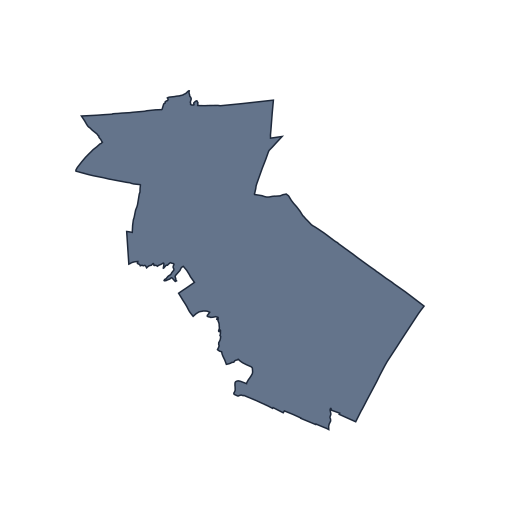 Tupilati, Iasi, Romania, rotated 71°
{"feature_id": "2599482B71903072457924", "entity_name": "Tupilati", "entity_type": "district", "adm_level": 2, "iso_a3": "ROU", "parent_name": "Romania", "parent_adm1": "Iasi", "projection": "albers", "projection_center": [26.646, 47.081], "detail": "fine", "context": "isolated", "style": "filled", "palette": "slate", "viewbox_px": 512, "rotation_deg": 71, "n_neighbors": 0, "source": "geoboundaries", "source_scale": "gbopen_adm2", "svg_char_len": 6061}
<svg xmlns="http://www.w3.org/2000/svg" viewBox="0 0 512 512"><g transform="rotate(71 256 256)"><path d="M190.7,370.3L222.3,378.9L222.2,377.7L221.9,376.4L221.8,375.0L221.9,373.4L222.0,372.4L222.7,369.5L223.6,369.9L223.8,370.3L224.3,370.4L224.5,370.5L226.0,369.0L226.6,368.7L227.6,368.6L227.6,366.9L227.9,366.4L228.4,366.0L228.6,365.6L228.6,364.3L228.8,364.0L229.3,363.7L230.3,363.4L231.6,363.3L231.5,363.0L231.0,362.0L230.5,360.5L230.5,359.4L230.7,358.0L229.9,356.4L229.7,356.1L229.6,355.8L229.7,355.5L230.1,355.4L230.6,355.3L231.4,355.6L231.8,355.4L231.9,355.2L232.1,354.1L232.3,353.6L232.9,353.0L233.6,352.6L233.1,351.0L233.0,348.7L232.9,348.1L232.5,346.3L232.6,346.0L232.7,345.7L232.9,345.6L233.8,345.8L234.6,346.1L237.2,347.6L237.4,347.6L237.4,347.4L237.3,347.0L236.1,345.0L235.6,344.0L235.6,343.7L235.6,343.3L235.9,342.7L235.2,341.4L234.4,339.1L235.3,338.1L235.8,337.4L236.2,336.6L236.6,336.3L237.1,336.3L237.5,336.4L237.9,336.9L238.7,337.6L239.3,337.9L239.9,338.1L241.3,337.9L241.8,338.0L242.3,338.1L242.6,338.3L244.3,341.0L245.4,342.2L245.8,342.9L246.4,345.3L246.8,346.2L248.2,348.4L248.3,348.9L248.4,349.8L248.5,350.1L249.1,350.7L249.3,350.9L249.6,350.7L249.9,349.6L250.0,349.1L249.8,347.7L249.7,345.0L249.0,343.2L249.1,342.8L250.1,342.2L253.0,341.0L253.8,340.6L253.6,339.2L252.2,339.6L251.1,339.2L249.3,339.2L248.7,338.9L248.2,338.4L246.3,335.1L244.9,332.6L243.8,331.6L243.0,330.8L242.2,329.1L242.1,328.1L247.0,326.2L252.4,325.0L254.1,324.8L260.9,322.8L263.9,333.5L264.8,337.0L266.0,341.3L274.2,339.5L277.8,338.6L281.1,337.9L284.7,337.4L286.9,337.0L289.2,336.3L292.6,335.1L291.1,331.5L290.3,328.1L290.5,326.1L290.7,325.2L290.8,323.9L291.6,321.6L292.1,320.5L292.7,319.6L293.2,319.1L294.1,318.1L295.8,320.5L296.2,321.3L297.0,321.7L297.9,321.0L298.6,319.6L299.2,319.2L299.2,318.7L299.6,318.0L300.0,315.9L300.2,313.8L300.9,313.0L301.5,312.0L301.8,311.8L302.4,312.2L302.6,312.6L302.5,313.0L302.6,313.4L303.1,313.7L303.4,313.4L303.6,312.4L304.4,312.9L304.9,313.0L307.3,312.9L309.1,313.2L310.1,313.6L311.3,313.8L312.9,314.4L314.3,315.6L315.0,315.8L315.4,315.6L315.6,315.2L315.2,314.7L314.6,314.5L314.1,314.2L314.4,313.9L314.8,313.8L317.8,314.9L319.6,316.0L320.0,315.7L320.6,315.6L322.3,316.4L323.9,317.4L325.9,319.5L327.5,320.1L328.9,320.1L330.2,321.1L332.0,322.9L333.0,322.3L334.3,321.2L335.3,319.7L338.0,320.0L340.1,319.9L344.3,319.4L348.8,319.3L349.1,316.6L349.1,314.6L348.7,314.0L348.7,313.7L348.9,313.1L349.1,312.0L349.1,311.4L348.3,310.4L348.1,310.0L348.0,308.9L348.1,307.7L348.2,307.2L347.8,306.5L348.3,306.1L349.3,305.7L351.4,304.3L352.7,303.3L355.6,300.5L359.1,296.7L359.9,296.2L360.4,296.0L361.0,296.0L364.4,296.9L365.5,297.4L366.3,298.0L367.7,299.6L369.7,302.2L370.2,303.1L372.4,305.6L373.2,306.3L373.6,306.5L369.4,311.5L368.8,312.6L368.5,312.8L368.1,314.2L368.1,315.3L368.3,316.3L368.8,316.9L369.5,317.3L370.3,317.6L371.4,318.0L373.1,318.4L376.2,319.4L377.9,320.9L378.4,321.6L379.3,321.8L379.8,321.6L382.3,319.0L382.6,318.5L382.5,317.1L382.6,315.3L383.7,313.9L384.0,313.2L383.9,312.8L385.9,310.6L392.2,303.5L401.7,293.5L405.5,289.9L404.9,289.2L413.1,281.3L411.7,279.6L418.1,272.3L423.8,266.3L424.1,266.5L434.8,254.4L434.4,254.0L439.3,248.5L441.4,246.1L441.9,245.4L442.1,245.3L443.8,243.7L440.8,242.8L438.8,241.6L436.4,239.2L435.6,238.9L434.4,238.6L433.0,238.7L432.4,238.5L431.6,238.0L431.3,237.7L430.3,236.9L429.6,236.6L425.6,236.1L424.4,235.2L424.5,234.8L425.2,234.7L425.3,235.0L425.7,235.2L426.2,235.1L431.9,228.0L432.8,228.9L445.2,215.7L435.9,206.2L435.8,205.9L432.5,202.4L428.1,197.8L414.2,182.9L409.0,177.7L401.4,169.6L398.4,166.2L387.4,152.0L382.3,145.6L363.4,121.2L360.8,117.5L358.1,113.4L338.3,126.6L327.3,134.6L325.8,135.5L324.5,136.4L319.3,140.4L314.3,143.8L312.7,145.0L311.7,145.6L309.8,147.2L308.7,147.7L303.4,151.6L291.0,160.3L288.0,162.3L286.1,163.5L283.6,165.3L277.5,169.6L271.5,173.8L269.9,174.6L268.5,175.9L266.6,177.3L261.5,180.7L256.2,184.3L247.7,190.8L246.7,191.7L245.7,192.6L245.1,192.9L244.8,193.3L239.0,195.9L237.7,196.6L236.5,197.1L236.0,197.3L233.7,198.2L233.3,198.6L227.9,199.8L222.5,201.6L218.5,203.3L214.9,204.5L210.2,205.5L209.4,205.8L208.6,206.4L207.6,207.0L207.2,207.3L207.2,208.1L206.8,210.4L207.0,213.7L206.8,214.3L205.8,218.1L205.4,219.1L204.9,221.2L204.5,224.3L203.8,226.6L202.7,228.4L200.9,230.7L197.4,237.3L196.8,237.3L196.7,237.1L192.4,234.4L189.8,233.1L188.0,231.8L174.7,221.2L173.2,219.9L167.9,215.4L161.5,210.3L160.6,209.4L160.2,208.8L158.3,205.0L156.0,200.8L151.5,192.4L149.3,203.9L146.2,202.9L141.3,200.7L126.3,194.2L114.3,188.8L107.3,219.9L102.3,240.9L101.2,243.0L98.1,252.4L97.3,255.2L95.5,260.2L94.7,262.1L94.1,261.7L93.6,261.6L92.9,261.5L92.3,261.0L90.0,261.4L89.9,262.2L90.4,263.8L91.1,265.1L92.8,265.4L92.9,265.7L92.6,266.8L92.3,267.6L91.8,268.2L91.4,268.5L90.2,268.0L89.5,268.1L89.1,268.0L86.9,266.4L86.2,266.1L85.7,266.0L84.6,266.1L84.0,266.4L83.4,266.6L81.9,266.3L80.6,266.3L79.7,266.1L79.0,266.0L78.5,265.5L78.1,265.3L77.9,265.6L78.2,266.9L79.2,268.9L79.5,269.8L79.6,270.9L79.7,271.7L79.9,272.4L79.9,273.8L79.7,275.0L79.7,276.1L79.5,277.0L79.0,279.1L78.7,281.3L77.6,286.1L77.5,287.5L77.7,288.4L78.0,288.3L78.2,288.1L79.3,288.1L79.8,288.5L80.2,289.1L80.3,289.4L80.2,290.2L80.6,291.6L80.9,291.8L81.6,292.0L81.8,292.2L82.0,293.4L82.5,294.0L85.7,296.3L86.5,296.8L86.9,297.5L85.1,303.4L83.1,312.0L82.9,314.1L79.9,326.1L79.4,328.6L77.2,336.3L76.2,340.5L75.7,342.0L74.9,345.1L75.1,345.5L74.9,346.5L73.0,353.3L71.1,360.6L66.8,375.5L72.6,374.0L76.3,373.3L78.3,372.8L79.6,372.2L80.8,371.3L83.7,369.9L88.6,366.8L89.5,366.4L90.3,366.2L90.8,366.1L91.2,365.6L92.6,365.8L93.1,365.7L95.0,364.9L97.9,364.4L98.4,364.2L99.2,365.8L99.2,367.0L101.0,371.2L102.2,374.8L102.6,375.8L103.7,377.9L105.0,380.7L107.2,385.1L110.2,390.1L114.1,396.1L116.0,398.2L116.6,398.5L117.2,398.6L124.6,387.7L127.2,383.6L132.4,374.6L135.3,370.1L144.5,353.9L145.8,351.2L146.7,350.3L147.7,348.7L148.0,348.3L150.8,342.3L151.1,342.1L154.6,343.7L157.8,344.9L159.4,346.2L168.7,351.2L170.5,352.4L173.4,354.9L179.9,358.7L181.9,360.2L186.9,362.7L193.4,365.3L191.2,369.2L190.7,370.3Z" fill="#64748b" stroke="#1e293b" stroke-width="1.5"/></g></svg>